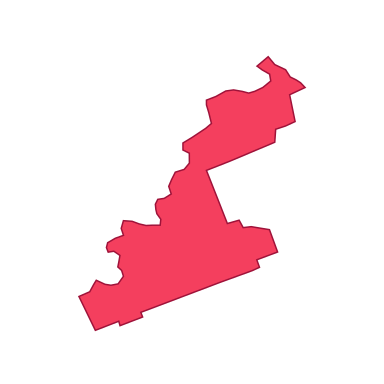 Travesseiro, Rio Grande do Sul, Brazil (Equal Earth projection), rotated 69°
{"feature_id": "56859067B26853179504026", "entity_name": "Travesseiro", "entity_type": "district", "adm_level": 2, "iso_a3": "BRA", "parent_name": "Brazil", "parent_adm1": "Rio Grande do Sul", "projection": "equal_earth", "projection_center": [-52.102, -29.282], "detail": "fine", "context": "isolated", "style": "filled", "palette": "rose", "viewbox_px": 384, "rotation_deg": 69, "n_neighbors": 0, "source": "geoboundaries", "source_scale": "gbopen_adm2", "svg_char_len": 1218}
<svg xmlns="http://www.w3.org/2000/svg" viewBox="0 0 384 384"><g transform="rotate(69 192 192)"><path d="M291.0,282.9L286.0,282.9L286.4,198.4L287.0,163.9L286.5,156.0L278.5,155.8L278.7,133.6L254.9,133.2L250.3,141.1L245.6,149.1L243.6,157.0L235.2,158.1L234.1,170.3L207.9,170.5L177.0,170.8L176.8,146.0L175.2,96.9L163.4,91.4L163.9,81.1L163.2,70.5L136.2,66.0L135.0,49.0L128.9,51.5L124.8,54.5L119.8,59.1L111.4,60.8L102.7,69.1L93.0,72.4L97.8,86.2L103.2,82.7L109.8,77.3L116.6,78.7L119.8,88.4L120.5,97.2L120.0,103.6L116.1,109.0L111.6,116.6L109.8,124.3L111.4,135.5L111.4,145.6L115.9,147.3L124.1,147.9L135.0,149.3L137.5,156.4L141.1,172.4L143.0,182.9L149.6,185.4L154.8,180.6L164.1,184.1L168.1,191.2L167.5,200.5L173.2,206.7L178.4,211.7L186.4,212.1L188.0,220.2L186.6,226.6L190.3,230.6L195.4,232.0L199.7,232.6L206.3,230.9L211.6,233.6L208.8,240.9L206.8,246.9L202.9,252.7L197.9,258.4L194.2,266.3L200.6,271.1L207.9,271.5L207.7,280.2L209.1,288.9L213.2,291.8L218.1,291.8L219.3,286.2L225.4,282.0L230.6,285.1L235.4,288.1L240.0,285.8L246.1,286.2L251.3,293.9L250.0,301.1L247.0,306.3L240.1,313.0L243.1,316.9L248.5,323.2L249.0,335.0L286.5,331.8L286.4,306.7L291.0,307.1L291.0,282.9Z" fill="#f43f5e" stroke="#9f1239" stroke-width="1.5"/></g></svg>